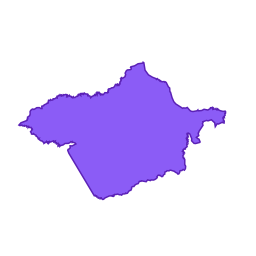 the district of Bagamoyo, Pwani, United Republic of Tanzania, rotated 329°
{"feature_id": "72390352B29680200356010", "entity_name": "Bagamoyo", "entity_type": "district", "adm_level": 2, "iso_a3": "TZA", "parent_name": "United Republic of Tanzania", "parent_adm1": "Pwani", "projection": "mercator", "projection_center": [38.556, -6.309], "detail": "fine", "context": "isolated", "style": "filled", "palette": "violet", "viewbox_px": 256, "rotation_deg": 329, "n_neighbors": 0, "source": "geoboundaries", "source_scale": "gbopen_adm2", "svg_char_len": 5752}
<svg xmlns="http://www.w3.org/2000/svg" viewBox="0 0 256 256"><g transform="rotate(329 128 128)"><path d="M220.0,163.6L218.0,162.7L216.0,160.7L214.9,159.1L215.1,158.7L214.7,157.9L214.5,158.3L213.6,158.4L213.2,157.5L213.4,157.1L213.4,156.9L213.0,157.2L212.4,156.4L210.3,155.8L210.4,155.6L211.0,155.7L210.7,154.9L211.5,154.7L211.2,153.8L210.6,153.8L209.2,153.1L208.9,153.7L205.7,153.7L202.8,151.1L200.3,151.0L197.4,149.7L197.0,149.2L197.2,148.5L196.0,148.8L192.1,147.3L190.7,146.1L190.1,144.9L189.4,140.9L187.8,140.7L185.8,139.3L185.0,139.3L181.4,132.1L180.8,129.0L181.4,124.6L182.9,119.2L182.6,118.5L184.3,115.2L183.8,113.5L184.2,108.7L183.8,107.7L183.1,107.7L182.9,106.8L180.9,105.8L179.8,103.4L179.5,103.9L178.5,100.7L177.6,100.8L177.4,101.7L177.3,99.9L175.2,97.2L172.9,93.0L172.4,87.2L175.2,80.2L174.8,79.4L174.1,80.0L169.7,78.1L165.7,78.1L162.0,77.0L161.4,77.4L161.7,78.2L160.8,79.3L160.0,79.2L157.3,77.9L156.0,78.1L153.8,79.5L153.4,81.2L152.2,82.0L152.0,82.5L148.7,82.6L148.3,82.5L148.5,81.5L148.1,81.5L148.1,81.9L147.0,82.0L147.0,83.0L146.5,83.3L146.5,83.9L144.6,84.5L144.4,85.3L143.8,85.6L143.8,86.1L143.0,86.1L142.2,86.9L140.8,86.1L141.3,85.9L141.2,85.6L142.1,85.6L141.7,84.8L140.5,84.9L139.7,84.2L137.8,85.5L136.1,85.8L134.9,85.2L132.6,85.1L132.0,84.6L131.2,84.6L130.5,85.1L130.6,85.9L129.5,86.3L129.5,87.2L128.7,87.4L126.4,85.8L124.0,86.7L122.9,86.2L123.1,85.4L121.8,85.5L122.0,84.2L121.9,83.9L121.5,84.3L121.5,82.7L121.0,83.0L120.6,82.8L120.9,82.2L120.2,81.6L120.1,82.2L119.2,81.7L119.2,82.1L118.7,82.2L119.3,83.0L118.5,83.8L118.5,82.9L117.5,82.8L116.8,82.1L116.2,82.6L116.3,83.1L114.9,82.3L114.0,82.8L113.2,82.3L111.6,82.9L111.8,80.8L110.1,79.7L110.5,78.7L111.0,78.7L110.9,78.1L109.1,76.9L108.7,75.9L108.3,76.0L108.4,75.5L107.3,75.4L107.3,76.2L107.0,76.3L106.3,75.2L105.7,75.0L106.2,74.6L105.0,74.0L104.2,75.7L103.8,74.2L103.3,74.3L102.8,73.6L102.2,73.9L102.4,74.5L101.0,74.9L100.6,74.4L100.0,74.4L98.2,74.6L97.3,73.8L97.3,73.2L96.3,73.8L95.5,72.7L96.0,72.5L95.3,71.2L94.4,70.7L94.5,69.8L93.9,70.1L92.8,69.2L92.3,70.1L91.6,69.8L93.1,68.6L93.0,68.3L92.3,68.5L92.6,67.8L91.8,67.1L90.4,66.8L90.0,66.3L89.0,66.9L88.2,66.0L87.9,66.4L87.4,66.3L88.2,65.4L87.1,65.1L86.9,64.4L85.9,64.9L85.3,64.3L84.4,64.7L83.7,64.2L82.8,64.8L83.1,65.4L82.8,65.9L81.9,65.1L80.1,65.2L78.9,64.4L78.0,65.2L76.7,64.7L76.2,63.7L75.3,64.3L74.2,63.3L73.1,64.4L72.7,65.3L72.1,65.5L71.6,65.0L71.0,65.3L67.9,65.0L67.2,65.5L65.3,64.9L64.3,67.0L63.4,66.5L62.6,64.9L60.3,63.6L57.2,63.7L56.7,63.5L56.3,62.7L55.1,62.5L54.7,62.8L53.8,62.7L52.5,63.5L51.3,65.7L50.0,66.8L47.4,67.0L47.1,68.1L46.6,68.1L46.4,68.8L45.6,68.9L45.3,69.5L38.9,68.4L36.0,69.3L36.6,70.3L38.6,70.8L38.5,71.5L39.1,72.2L40.4,72.5L40.2,73.1L42.0,73.6L42.3,74.2L41.8,74.9L43.3,75.4L42.9,76.0L43.7,75.7L43.6,76.6L44.0,77.0L45.2,77.6L45.0,78.2L45.5,79.0L44.8,79.5L45.1,80.1L42.5,81.0L42.6,82.2L42.2,83.5L43.4,84.4L44.1,84.1L44.5,85.5L45.5,87.0L45.0,87.8L45.5,88.3L45.8,89.7L45.5,90.7L46.5,91.1L45.7,91.5L46.6,93.9L47.7,94.8L47.6,95.3L48.4,97.1L48.0,97.9L49.6,97.9L49.6,97.6L49.9,97.6L50.7,98.0L51.3,97.5L51.5,98.2L52.1,98.5L51.6,99.5L51.3,99.5L51.5,100.4L52.9,100.0L53.3,99.0L53.7,98.9L54.3,100.1L57.7,100.7L57.8,101.1L57.3,101.7L58.9,101.8L57.9,102.9L57.9,103.3L59.1,103.7L58.5,104.9L58.8,105.1L58.4,105.3L60.2,105.1L60.1,106.2L60.5,106.6L58.8,107.1L58.6,107.6L60.4,107.6L60.1,108.6L60.8,108.3L63.8,109.1L66.0,108.8L69.1,110.5L70.7,110.6L72.0,110.2L72.5,110.9L73.0,110.9L72.6,111.7L73.5,111.9L74.9,113.5L75.1,114.8L70.9,114.6L69.2,113.4L68.3,115.2L66.3,115.7L65.6,115.5L64.8,116.2L64.3,119.3L64.2,168.7L65.2,168.8L65.1,169.6L66.1,170.0L65.7,171.0L66.7,172.0L66.4,172.8L68.8,173.9L68.0,174.4L68.9,174.8L69.6,176.3L70.4,176.5L72.4,176.1L76.9,176.6L79.6,177.9L80.7,178.0L80.8,178.5L79.7,178.7L80.1,179.1L81.0,179.1L81.9,178.1L82.5,178.1L83.1,178.7L85.1,179.3L86.2,180.8L87.0,181.1L88.0,182.3L89.3,181.8L91.5,182.9L92.4,182.6L92.7,183.2L93.9,183.6L96.2,182.6L97.3,182.5L98.3,182.9L99.9,181.8L100.3,181.0L100.9,180.6L101.8,180.6L102.9,181.2L104.5,180.5L106.2,180.4L108.1,180.9L110.2,179.6L111.7,180.4L112.2,180.1L115.9,183.4L118.1,182.6L120.1,184.6L121.0,184.4L123.0,185.7L124.3,186.0L126.6,185.9L127.7,185.3L127.7,184.7L129.2,184.0L130.3,184.3L130.3,184.8L131.2,185.2L131.7,186.9L132.7,187.4L134.5,186.4L135.7,186.5L136.9,184.8L138.7,185.0L139.5,184.7L141.1,185.9L141.6,185.7L142.8,186.1L143.8,187.2L145.6,189.2L145.7,190.1L147.0,192.2L146.9,193.0L147.4,193.4L147.9,193.5L149.4,192.7L150.3,191.6L150.9,191.5L152.2,192.2L153.9,191.9L154.6,193.2L156.2,192.5L157.6,190.7L157.9,189.6L157.7,188.8L160.4,184.3L160.2,183.5L160.6,183.1L160.0,182.6L160.5,181.8L160.1,181.5L160.9,179.9L162.2,179.5L162.3,178.4L163.6,178.5L163.6,177.5L163.0,177.3L163.3,176.6L162.9,176.7L162.6,176.0L163.8,175.7L163.8,175.2L164.5,174.9L164.9,174.8L166.1,175.6L166.4,175.5L166.4,174.8L169.1,174.4L169.7,172.7L170.4,172.6L170.2,172.2L170.6,171.4L171.5,170.5L171.7,171.0L171.8,170.6L172.4,170.6L172.4,170.1L172.8,170.0L172.5,169.0L173.0,168.9L172.4,168.5L173.0,168.0L172.5,167.9L173.0,167.3L172.8,166.8L174.5,166.7L174.2,166.4L174.8,166.2L174.5,165.8L174.8,165.4L175.4,165.5L175.4,164.1L175.9,164.5L176.2,164.2L175.8,163.4L176.0,163.1L177.2,163.5L177.9,165.0L177.1,170.0L175.9,171.7L176.7,175.2L177.9,176.1L182.0,177.3L182.6,177.1L183.1,174.2L182.3,172.9L181.8,171.2L184.7,171.0L185.5,168.5L186.2,168.4L187.2,167.4L193.7,164.3L194.2,162.4L195.1,162.0L195.3,161.2L199.1,161.9L200.3,163.1L203.7,163.9L205.0,168.2L203.5,171.8L206.6,170.3L207.6,171.2L211.4,171.6L212.9,173.2L213.9,171.9L214.1,171.2L213.6,170.9L214.1,170.6L214.3,168.8L214.8,168.5L215.5,168.7L215.1,167.8L215.8,167.6L216.1,168.3L216.6,167.4L217.8,167.1L218.3,165.6L219.0,165.7L219.5,165.3L219.4,164.5L220.0,164.3L220.0,163.6Z" fill="#8b5cf6" stroke="#5b21b6" stroke-width="1.5"/></g></svg>